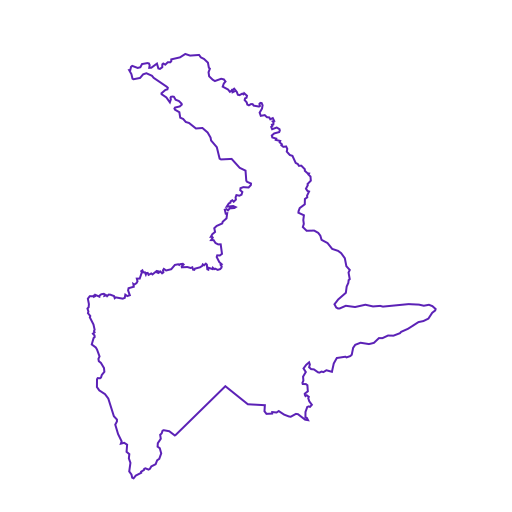 Nova Xavantina, Mato Grosso, Brazil (Mercator projection), rotated 264°
{"feature_id": "56859067B60221842675231", "entity_name": "Nova Xavantina", "entity_type": "district", "adm_level": 2, "iso_a3": "BRA", "parent_name": "Brazil", "parent_adm1": "Mato Grosso", "projection": "mercator", "projection_center": [-52.318, -14.678], "detail": "fine", "context": "isolated", "style": "outline", "palette": "violet", "viewbox_px": 512, "rotation_deg": 264, "n_neighbors": 0, "source": "geoboundaries", "source_scale": "gbopen_adm2", "svg_char_len": 6069}
<svg xmlns="http://www.w3.org/2000/svg" viewBox="0 0 512 512"><g transform="rotate(264 256 256)"><path d="M48.5,109.7L47.7,111.0L50.2,113.5L52.4,119.2L53.5,119.2L54.9,122.2L56.0,122.6L56.4,123.8L54.8,126.8L55.4,128.2L57.7,129.9L59.4,134.4L63.1,136.3L64.4,138.6L69.6,141.1L74.9,140.2L76.7,138.2L80.1,138.8L84.2,142.2L88.2,142.0L89.4,143.6L92.0,144.8L92.4,146.0L90.8,151.4L86.0,156.5L86.5,157.5L129.7,211.9L109.4,232.4L106.7,249.2L100.7,248.2L97.9,249.9L97.6,255.6L99.1,255.8L98.2,260.1L99.4,262.4L95.3,267.4L93.0,271.9L92.5,273.7L94.8,279.2L94.3,281.2L88.1,287.7L87.3,290.6L89.6,289.7L90.4,288.3L95.7,288.9L100.5,291.2L100.9,292.8L100.3,293.9L102.2,296.0L105.9,293.8L109.1,293.1L110.4,293.8L112.2,291.9L111.5,290.6L112.7,290.1L114.0,290.1L116.0,293.4L122.1,293.6L123.4,292.2L123.8,289.1L125.0,288.9L127.1,290.1L131.1,290.2L135.4,293.4L139.2,291.5L142.5,294.5L144.7,297.7L142.5,298.2L139.8,297.2L137.7,299.0L137.2,301.7L133.8,305.6L133.4,307.0L134.2,309.1L133.5,310.9L135.0,314.1L132.9,319.4L141.0,322.1L146.1,325.7L146.5,334.4L145.7,335.4L146.6,339.3L147.8,340.9L154.5,343.0L157.3,345.4L158.8,350.9L156.6,359.1L156.9,361.6L157.3,364.2L161.5,369.7L161.1,373.2L163.1,379.0L162.4,384.4L164.2,391.1L165.4,392.4L167.7,399.5L173.3,410.7L173.8,415.7L175.7,420.9L181.1,425.3L183.1,428.5L184.5,429.1L187.7,426.2L189.4,422.9L189.0,417.7L190.6,413.0L192.2,402.7L192.4,376.9L193.4,374.3L193.6,367.1L196.1,359.7L194.9,349.2L197.1,340.1L195.1,333.8L195.2,332.1L196.4,330.4L199.8,329.0L204.2,333.2L210.0,341.5L216.2,343.0L219.6,345.0L222.3,345.6L223.2,346.8L229.9,346.3L232.3,347.8L236.4,344.8L244.5,344.1L249.9,341.0L252.5,338.2L255.1,332.5L261.4,328.5L265.2,322.9L269.5,322.1L272.5,320.3L275.2,316.5L275.8,309.0L279.9,305.6L282.9,306.9L286.8,306.8L291.5,307.9L294.6,302.7L296.1,303.0L299.1,304.5L302.3,309.9L307.6,310.6L309.0,313.1L310.7,313.1L314.6,315.5L315.3,314.0L317.7,312.7L321.0,314.9L322.2,314.8L325.2,318.4L329.3,318.5L331.6,316.6L332.5,317.3L332.9,315.9L335.6,313.5L337.2,313.6L341.1,310.5L341.2,308.1L343.1,307.2L344.4,305.2L351.8,302.7L352.9,300.2L356.6,297.5L359.3,298.3L361.8,297.4L361.7,294.6L363.5,292.8L364.4,293.4L366.6,291.4L367.9,292.1L369.4,287.8L370.6,288.4L372.2,284.6L374.2,284.3L376.0,286.9L376.8,292.0L378.3,292.8L379.7,292.6L381.6,290.0L380.4,285.3L382.8,284.6L383.7,285.9L384.9,285.6L385.1,287.0L387.1,287.4L388.1,286.7L388.4,288.2L391.4,287.1L390.5,284.5L392.4,283.7L392.9,281.4L395.2,279.4L394.9,275.4L398.2,274.6L402.0,277.4L405.2,278.3L407.5,277.6L407.8,276.4L406.9,275.3L404.8,275.6L404.3,274.6L405.8,269.4L407.4,268.5L407.6,266.9L406.6,264.7L407.5,263.2L409.8,262.8L412.3,261.0L413.9,261.6L414.4,263.1L416.3,263.8L419.2,261.2L418.1,260.4L418.9,259.3L417.7,256.4L418.3,254.8L421.1,254.1L424.7,251.8L422.0,247.2L424.5,245.6L427.9,240.6L430.9,242.0L432.7,243.9L435.0,242.5L435.9,239.9L434.3,233.4L435.9,231.3L439.6,228.2L443.7,228.0L447.1,229.7L448.2,228.8L453.3,228.4L457.4,224.9L459.3,221.9L461.9,220.4L462.2,211.4L464.3,206.8L461.5,201.2L460.4,192.3L458.6,192.1L457.6,191.0L457.9,188.5L455.8,185.8L457.1,183.9L456.4,182.9L453.5,182.5L452.1,180.0L452.7,178.5L457.7,177.6L454.2,171.6L454.3,169.5L456.9,170.2L458.7,169.6L459.2,168.2L458.8,162.7L455.8,160.7L455.4,158.0L458.0,152.8L457.2,151.5L454.1,150.4L454.1,149.3L449.9,151.1L445.3,151.7L444.6,152.6L445.2,159.3L448.5,162.8L449.2,166.1L446.1,171.4L443.9,172.8L433.7,184.9L432.5,185.9L431.0,185.3L430.6,183.2L427.7,179.0L426.8,179.0L423.1,183.4L417.8,186.4L420.7,187.7L422.3,187.5L423.2,188.1L423.3,189.8L422.9,191.0L419.8,192.4L418.2,195.5L415.3,197.9L414.3,198.0L412.7,195.8L412.1,191.0L411.2,190.3L410.0,190.7L407.0,194.8L401.5,195.1L399.9,197.9L396.6,200.2L395.3,203.3L389.1,209.6L388.9,216.1L383.9,220.8L378.5,223.2L375.6,223.4L368.3,228.4L356.6,230.0L355.7,231.3L355.1,241.9L345.4,249.0L342.0,254.5L331.9,254.2L330.7,254.9L328.6,258.6L327.1,258.3L324.9,255.8L325.8,250.6L325.1,247.7L323.0,247.2L321.1,249.1L318.5,248.0L317.7,245.8L318.6,242.9L316.4,241.8L314.2,241.9L312.3,239.5L313.9,238.3L313.0,236.5L311.7,236.1L311.1,234.4L308.1,232.0L308.1,238.5L306.7,240.9L306.0,239.5L306.1,234.9L304.3,232.9L305.7,231.5L305.3,229.8L301.3,230.3L301.5,231.8L296.5,230.6L293.6,226.5L291.9,225.8L290.0,220.0L288.0,217.4L284.2,217.8L282.3,214.9L279.8,213.1L279.7,214.3L278.8,214.9L276.5,213.0L276.2,215.5L273.1,217.1L271.5,219.6L271.3,222.1L261.7,222.4L260.3,220.1L260.7,217.5L259.1,216.8L253.7,218.9L251.4,221.0L250.8,219.9L249.3,220.8L248.0,220.4L246.7,219.0L246.2,216.5L247.7,214.0L247.3,213.0L248.8,211.8L247.6,211.2L249.3,207.5L247.4,207.1L247.9,206.2L252.6,206.2L253.6,205.3L252.2,203.4L253.2,202.2L251.8,201.5L250.6,199.1L249.8,193.9L248.7,193.2L249.0,192.0L251.4,191.5L250.9,189.8L252.2,186.6L252.5,181.1L253.5,181.0L255.1,183.1L255.9,182.4L255.8,179.6L255.1,178.7L255.9,177.8L255.6,174.4L251.7,170.3L251.0,165.1L252.8,163.0L251.5,162.0L249.4,162.2L248.6,160.8L250.6,159.3L249.3,157.1L250.2,155.6L251.1,156.8L251.5,155.7L248.5,151.1L249.6,150.0L248.5,147.2L250.5,146.5L250.5,145.2L249.1,144.5L251.4,143.8L251.5,142.2L253.6,141.5L252.9,140.3L251.8,140.8L245.7,138.0L246.0,135.1L243.2,135.5L241.5,134.3L240.3,131.9L241.0,131.1L238.2,131.2L237.3,125.9L235.1,125.2L230.2,126.4L229.6,123.8L231.2,122.0L228.1,121.1L227.5,119.0L229.5,112.2L228.8,111.1L231.0,110.6L232.8,107.0L233.0,105.4L231.6,103.7L232.6,103.1L232.2,101.1L233.6,101.6L234.3,100.7L234.1,98.1L233.0,96.3L231.9,96.0L234.1,92.2L232.9,91.9L232.5,90.8L233.7,90.9L233.0,89.5L233.4,86.5L231.1,84.3L225.6,84.8L222.5,84.2L221.4,82.9L218.3,83.5L216.7,82.9L213.6,84.9L212.4,84.3L204.9,87.2L199.6,87.8L198.2,87.0L197.0,87.5L195.8,85.7L193.9,87.1L192.3,87.1L191.4,85.9L185.2,83.4L181.8,87.1L179.6,88.1L172.5,89.9L170.1,88.5L167.8,88.7L165.9,90.6L160.5,93.1L156.7,93.1L153.8,90.2L151.4,89.2L150.7,88.1L151.1,85.8L150.0,85.0L142.3,84.1L138.7,86.1L134.4,91.4L129.7,94.2L111.5,97.9L107.9,100.6L106.0,100.4L103.0,98.4L93.4,100.2L85.7,103.0L83.5,102.0L84.0,105.4L81.8,108.1L74.8,106.8L72.2,109.3L68.0,108.4L63.4,109.5L55.0,107.4L51.7,109.3L48.5,109.7ZM423.0,249.7L421.8,251.2L421.3,249.8L423.0,249.7Z" fill="none" stroke="#5b21b6" stroke-width="2"/></g></svg>